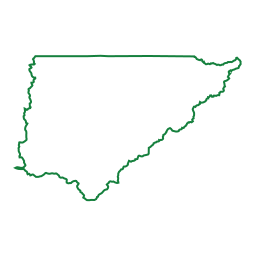 Governador Jorge Teixeira, Rondônia, Brazil
{"feature_id": "56859067B13052829322579", "entity_name": "Governador Jorge Teixeira", "entity_type": "district", "adm_level": 2, "iso_a3": "BRA", "parent_name": "Brazil", "parent_adm1": "Rondônia", "projection": "orthographic", "projection_center": [-63.145, -10.822], "detail": "fine", "context": "isolated", "style": "outline", "palette": "green", "viewbox_px": 256, "rotation_deg": 0, "n_neighbors": 0, "source": "geoboundaries", "source_scale": "gbopen_adm2", "svg_char_len": 5724}
<svg xmlns="http://www.w3.org/2000/svg" viewBox="0 0 256 256"><path d="M15.4,167.9L16.2,168.3L18.3,168.9L21.1,169.1L23.5,169.0L24.3,169.4L24.8,170.2L25.4,170.8L26.6,171.5L27.0,172.0L27.3,172.8L27.3,173.7L27.7,174.3L28.6,173.9L29.2,173.8L29.7,174.3L30.3,175.4L31.3,175.1L31.8,174.7L32.5,174.5L33.2,174.6L36.0,176.9L38.0,176.9L39.0,176.7L40.1,176.3L41.3,176.2L43.7,174.7L45.5,173.0L46.1,172.9L47.3,173.4L49.1,173.8L50.1,173.7L51.8,173.3L52.5,173.3L54.0,173.7L55.0,173.7L55.9,173.4L56.6,173.6L57.3,174.2L58.1,174.9L58.9,175.5L59.4,176.9L60.1,177.4L60.8,177.7L62.6,177.5L63.2,177.8L64.2,178.4L65.8,178.9L66.4,179.2L66.8,179.8L66.6,181.8L66.7,182.6L67.9,183.2L68.8,183.3L69.7,183.0L70.3,183.1L71.1,183.0L71.8,182.2L73.4,181.2L75.5,180.8L76.3,181.0L76.7,181.7L77.2,182.4L78.6,183.4L78.4,184.2L77.7,185.1L77.1,186.0L77.2,187.0L77.9,188.4L78.5,189.3L80.3,190.6L80.3,191.9L81.0,192.4L81.7,192.6L82.2,193.2L82.5,193.8L83.2,194.3L83.9,195.1L84.1,195.7L83.3,197.6L84.9,198.5L85.3,199.0L86.9,200.1L89.2,200.2L91.1,199.9L94.4,200.0L95.2,199.6L96.1,199.1L96.7,198.1L97.0,197.0L98.0,196.7L98.3,195.6L98.8,194.8L99.7,194.2L101.6,193.2L102.4,192.4L103.8,190.7L104.7,190.0L105.5,189.7L107.1,189.3L107.9,188.1L108.2,186.8L108.0,186.1L106.8,184.6L107.6,183.7L108.7,182.9L109.1,182.0L109.6,181.6L110.2,181.3L112.0,181.7L112.8,181.7L113.5,181.5L115.0,182.4L116.4,182.8L117.0,183.0L118.4,182.7L118.2,181.4L117.8,180.7L118.1,179.4L118.2,177.9L117.9,177.3L117.8,176.5L118.3,175.2L118.2,173.9L118.4,173.2L119.1,171.7L120.1,170.8L121.1,169.4L122.5,169.2L123.1,168.5L123.3,167.3L123.9,166.5L125.4,166.5L126.5,166.0L127.4,165.3L127.9,164.6L127.8,163.8L129.0,160.8L131.0,161.7L132.2,161.0L133.2,160.9L134.3,160.6L135.2,160.0L135.3,159.2L136.2,159.2L137.4,159.0L137.7,158.0L138.2,156.5L138.6,155.8L139.5,155.7L140.9,156.3L141.7,156.4L142.7,156.3L143.6,155.5L146.5,154.9L148.2,154.4L148.7,153.6L148.8,147.8L150.5,146.9L151.8,145.5L152.5,145.3L153.5,144.0L153.6,143.3L154.9,142.6L156.0,142.4L156.5,141.8L157.1,141.5L157.7,141.6L158.8,141.3L159.3,140.8L159.2,140.1L159.8,140.3L160.4,139.9L161.1,140.0L162.0,139.8L162.9,139.0L163.1,138.4L162.9,137.2L162.9,136.4L163.4,135.8L163.3,135.0L165.2,133.8L165.8,132.8L166.3,132.4L166.3,131.6L166.9,130.9L167.2,130.1L168.1,129.0L168.7,128.7L170.0,128.1L171.1,128.9L172.4,130.7L175.7,131.5L177.0,131.5L177.8,131.4L178.7,131.1L178.9,130.3L179.7,129.6L181.5,129.2L182.0,128.5L182.1,127.8L182.9,128.0L183.7,127.9L184.2,127.0L184.9,126.4L185.6,126.1L185.9,125.4L186.7,124.6L187.0,123.5L187.9,122.9L188.4,122.3L189.1,122.6L189.7,122.1L190.6,122.0L191.6,122.3L192.9,121.3L192.4,120.5L192.2,119.6L192.8,118.9L193.6,118.4L193.4,116.7L193.9,116.0L194.1,115.2L194.1,112.9L193.9,112.3L193.1,110.6L192.7,109.2L193.9,106.7L194.7,106.6L195.4,106.9L195.9,106.1L196.7,105.4L197.7,105.2L198.5,105.1L199.0,104.3L199.9,104.0L200.2,103.3L199.8,102.6L200.0,102.0L200.5,102.4L201.3,102.7L202.1,102.6L202.9,102.5L204.0,102.1L204.7,101.6L205.3,101.4L206.3,100.2L206.3,99.4L206.9,98.7L207.5,98.4L208.2,98.4L208.1,97.2L208.7,97.3L209.5,96.7L210.0,96.2L210.1,95.5L211.1,95.3L211.8,96.0L212.1,96.8L213.5,96.6L213.9,95.6L215.5,95.7L216.1,95.9L216.8,95.5L218.0,95.1L219.2,95.2L219.4,94.1L219.3,93.0L220.0,92.7L220.4,91.8L222.8,91.7L223.6,91.1L223.9,90.2L223.2,88.9L223.5,88.2L223.9,87.6L224.2,86.9L225.0,86.5L224.6,85.4L224.4,83.6L224.0,82.1L224.2,81.5L225.1,81.0L226.1,80.8L226.9,80.4L228.5,79.2L229.2,78.4L228.6,77.6L227.9,76.9L228.7,75.3L230.1,73.6L229.0,73.1L228.7,71.9L229.0,71.3L229.9,70.9L230.5,70.3L231.1,70.4L231.4,71.0L231.8,70.3L232.5,70.1L233.1,69.8L234.4,69.5L235.8,68.7L238.5,68.0L238.8,67.3L239.0,66.1L239.6,65.7L240.1,64.8L240.6,64.2L240.6,63.4L240.5,62.5L240.6,61.6L240.2,61.1L240.0,60.5L238.7,59.5L237.0,57.7L236.3,57.9L236.3,58.9L235.7,59.4L235.3,60.1L234.7,60.4L233.8,60.7L232.1,61.9L231.3,62.1L230.5,61.9L229.7,62.1L228.6,62.0L227.8,62.1L227.4,62.7L224.8,63.2L223.6,63.9L223.2,64.6L221.9,64.6L220.8,65.2L219.7,65.2L218.8,64.7L217.6,64.7L217.0,65.0L215.3,64.0L213.8,63.5L213.1,63.0L211.6,63.6L211.0,63.3L209.9,64.2L208.1,63.6L207.3,64.0L206.7,64.2L205.8,64.2L205.0,63.4L204.1,63.0L203.9,61.8L203.2,62.1L202.3,61.3L202.3,60.4L201.9,59.7L201.2,59.4L200.1,60.2L199.2,59.9L198.4,59.8L197.6,59.3L196.7,59.0L196.3,58.2L195.4,57.1L194.5,57.0L194.3,56.4L148.9,56.0L108.1,56.2L100.6,55.8L87.2,56.2L35.4,56.2L34.0,58.1L33.3,58.6L33.0,59.2L33.5,59.8L34.0,61.7L33.9,62.7L34.2,63.4L34.7,63.9L34.0,64.5L33.2,64.5L32.2,64.4L31.5,64.5L30.3,64.7L29.5,65.2L30.2,66.1L31.0,66.6L31.5,67.6L30.9,68.1L29.4,69.0L29.3,69.9L29.7,70.9L30.1,71.6L30.9,72.5L31.4,73.4L31.5,74.6L32.0,76.1L32.6,76.8L33.9,77.6L35.2,77.6L35.3,78.4L34.7,79.0L34.1,79.3L33.5,80.2L33.8,81.8L33.1,82.5L31.4,82.7L31.5,83.5L32.1,84.6L32.4,85.4L31.9,86.2L30.8,87.2L30.1,88.1L29.4,88.5L28.7,88.8L28.5,89.8L28.9,90.7L28.4,92.1L28.5,93.0L29.0,93.6L29.9,95.1L30.0,96.0L29.4,96.9L29.4,97.7L30.3,99.4L31.0,101.4L31.0,102.1L30.5,103.0L29.7,103.5L29.9,106.6L30.6,107.2L30.2,108.1L28.8,108.4L28.1,108.8L27.5,109.6L26.8,109.9L26.1,109.3L24.7,108.6L25.0,111.2L24.9,112.0L24.1,113.2L24.3,113.9L24.5,115.3L23.6,116.2L23.7,117.4L24.0,118.9L25.5,120.5L25.9,121.3L26.0,122.8L27.4,123.5L26.9,124.6L26.4,125.1L25.5,126.9L25.3,127.6L25.1,129.1L25.4,130.2L26.1,131.0L26.3,131.8L26.4,133.3L26.3,134.3L26.3,137.3L26.6,139.0L26.4,140.0L24.5,141.5L22.8,142.5L21.0,142.5L20.3,142.3L19.4,142.3L19.1,143.0L19.2,143.8L18.8,145.0L18.9,145.7L19.3,146.5L19.0,147.3L18.5,148.1L18.7,149.0L18.7,151.0L19.0,151.9L19.4,152.6L20.0,154.0L20.0,155.2L19.4,156.1L19.6,157.4L20.5,157.3L21.6,157.3L22.1,157.7L23.1,159.2L24.1,161.0L24.0,162.5L25.3,164.8L25.4,165.5L24.9,166.1L24.2,166.6L23.8,167.3L22.9,167.7L21.6,167.9L19.8,167.7L19.3,167.5L17.4,167.2L16.7,167.3L15.4,167.9Z" fill="none" stroke="#15803d" stroke-width="2"/></svg>